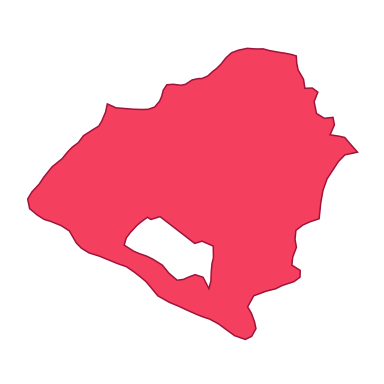 the district of Trikomo, Cyprus, rotated 92°
{"feature_id": "46923920B71155103656071", "entity_name": "Trikomo", "entity_type": "district", "adm_level": 2, "iso_a3": "CYP", "parent_name": "Cyprus", "parent_adm1": "", "projection": "natural_earth1", "projection_center": [33.897, 35.288], "detail": "fine", "context": "isolated", "style": "filled", "palette": "rose", "viewbox_px": 384, "rotation_deg": 92, "n_neighbors": 0, "source": "geoboundaries", "source_scale": "gbopen_adm2", "svg_char_len": 1880}
<svg xmlns="http://www.w3.org/2000/svg" viewBox="0 0 384 384"><g transform="rotate(92 192 192)"><path d="M146.4,28.0L137.3,36.6L132.2,41.2L131.1,46.9L130.0,56.0L119.9,52.0L112.5,53.7L113.7,62.3L109.2,70.3L97.4,73.1L87.8,69.7L83.9,75.4L84.4,82.8L75.4,84.5L66.4,90.2L59.1,91.9L52.4,92.5L51.2,96.9L50.1,103.4L49.4,109.6L47.9,119.9L46.5,125.7L46.8,133.4L46.5,141.8L48.6,150.5L51.5,157.4L56.9,162.9L63.0,167.3L67.7,171.7L71.0,175.7L75.6,180.4L78.2,185.9L78.5,189.9L80.0,195.8L84.6,202.3L85.7,206.7L85.0,214.4L85.7,220.9L91.1,224.2L97.6,225.7L102.3,227.5L108.4,232.3L110.9,238.8L111.3,245.0L111.3,254.2L110.9,262.2L110.5,271.0L106.9,279.7L115.3,281.2L124.3,284.7L129.4,287.5L132.8,292.7L139.5,302.4L146.8,307.5L151.3,313.2L156.4,317.8L163.2,322.9L171.6,332.6L182.3,340.6L189.6,345.1L197.5,352.0L204.8,356.0L214.3,353.7L220.5,345.7L224.5,338.9L226.2,332.6L230.1,321.7L235.2,313.2L247.0,305.8L252.0,300.6L256.5,292.7L259.3,282.4L263.3,271.6L266.1,264.1L268.9,255.0L274.0,247.0L278.5,240.8L283.0,235.0L288.6,229.9L297.0,222.5L303.2,210.5L306.6,201.4L310.0,193.4L313.9,183.7L316.2,177.4L318.4,170.0L322.9,160.9L328.0,153.5L334.1,144.4L337.5,133.5L334.1,127.3L326.3,123.3L319.5,125.0L311.1,128.4L304.9,132.4L293.6,126.7L288.6,114.7L285.8,105.0L282.4,98.8L277.9,86.8L273.4,81.1L266.6,81.1L261.6,89.6L253.7,89.1L243.6,85.7L235.7,87.4L226.7,86.8L221.1,80.0L217.7,73.1L214.3,64.0L197.9,62.9L185.6,61.1L174.2,57.5L156.6,46.8L149.6,40.6L146.4,28.0ZM257.1,168.3L262.7,169.5L271.2,170.0L280.2,170.0L288.0,171.7L276.8,178.0L274.5,186.0L276.8,191.7L279.6,197.4L280.7,203.7L274.0,212.2L266.1,219.1L260.5,228.8L257.7,235.0L255.4,242.5L253.2,248.2L247.5,257.9L240.2,256.1L234.6,252.2L227.3,245.9L222.8,240.8L218.8,235.6L220.9,232.1L217.7,223.1L225.1,212.8L228.4,208.2L232.2,202.9L237.2,196.0L243.3,187.5L240.8,180.3L245.3,168.9L257.1,168.3Z" fill="#f43f5e" stroke="#9f1239" stroke-width="1.5"/></g></svg>